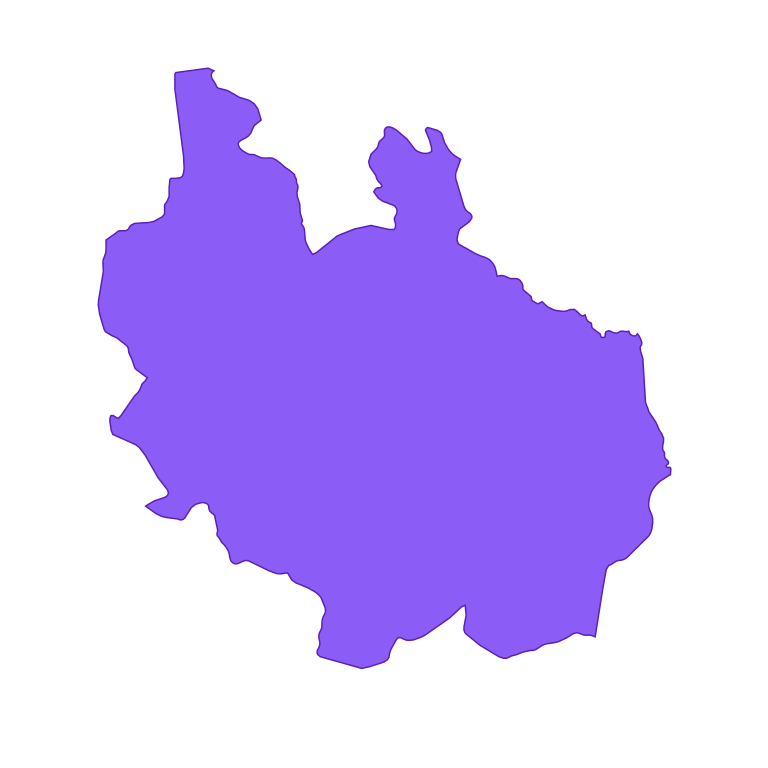 SVG path tracing the border of Centre, rotated 99°
{"feature_id": "CMR-1480", "entity_name": "Centre", "entity_type": "Province", "adm_level": 1, "iso_a3": "CMR", "parent_name": "Cameroon", "parent_adm1": "", "projection": "orthographic", "projection_center": [11.575, 4.696], "detail": "fine", "context": "isolated", "style": "filled", "palette": "violet", "viewbox_px": 768, "rotation_deg": 99, "n_neighbors": 0, "source": "natural_earth", "source_scale": "10m", "svg_char_len": 6139}
<svg xmlns="http://www.w3.org/2000/svg" viewBox="0 0 768 768"><g transform="rotate(99 384 384)"><path d="M428.8,86.9L431.0,89.7L437.1,96.5L441.5,99.7L445.9,102.0L448.4,102.9L451.7,103.7L456.4,104.1L460.8,103.9L462.9,103.5L465.0,102.8L467.2,101.7L471.6,99.0L474.7,97.7L478.6,96.9L485.6,96.8L489.5,97.5L492.7,98.8L516.8,116.5L518.7,118.3L520.1,120.3L521.0,122.4L522.0,125.9L522.8,127.1L526.0,130.6L527.4,132.4L528.1,133.7L532.5,135.5L552.1,135.9L600.7,135.9L600.1,138.2L599.8,141.4L600.5,145.3L600.7,147.4L599.4,153.6L599.5,154.5L600.1,156.3L601.2,158.4L606.3,164.1L611.0,171.1L612.4,174.0L615.1,182.6L616.0,184.6L617.3,186.7L622.3,192.2L623.0,193.3L623.7,194.8L624.3,197.7L627.0,204.8L630.8,211.2L632.7,215.6L635.8,220.0L636.2,223.1L635.3,228.0L627.1,248.2L618.2,263.6L616.9,265.2L614.6,266.5L611.4,267.0L599.5,266.7L589.9,269.2L591.9,272.5L604.7,282.5L626.1,304.7L628.6,308.4L632.1,314.8L633.2,318.6L633.5,321.6L632.6,325.8L632.1,326.9L632.0,328.6L632.4,330.4L634.8,331.9L644.5,335.5L646.8,336.0L649.1,336.3L653.5,336.5L655.9,337.6L658.7,340.7L665.6,354.4L668.4,361.6L663.3,404.3L661.5,407.2L659.9,408.1L657.9,408.2L653.7,406.9L651.5,406.7L649.4,406.9L645.1,408.5L642.7,409.0L640.5,409.0L636.0,407.6L633.7,407.4L628.7,408.0L626.0,408.1L622.5,407.4L620.8,406.7L619.3,406.4L617.9,406.2L615.9,406.6L613.7,407.4L604.8,412.8L602.5,415.4L600.2,419.3L597.3,427.1L594.2,439.9L591.8,444.6L585.6,449.7L587.6,456.1L587.9,458.2L588.0,460.4L586.5,468.3L579.8,490.2L579.9,493.2L581.9,496.8L584.1,500.0L584.7,501.6L584.9,503.6L584.1,505.7L582.7,507.5L579.0,509.4L577.0,509.9L574.1,511.1L571.7,512.8L567.9,516.5L565.9,519.5L561.7,522.8L560.0,524.9L558.6,525.5L554.4,525.4L543.0,529.8L541.6,530.2L540.4,530.9L539.4,531.8L538.4,533.9L536.7,536.3L533.4,537.9L532.2,537.9L531.6,538.3L530.4,539.3L529.6,541.3L529.4,543.5L529.8,546.0L532.3,551.2L536.1,554.9L547.5,559.8L549.2,561.2L550.1,563.7L549.6,567.1L549.9,578.2L549.5,583.0L547.7,588.8L542.0,600.3L539.1,597.2L535.2,592.3L530.6,583.3L529.3,581.6L528.4,580.8L526.8,580.0L524.8,580.1L522.5,581.2L511.9,592.5L491.7,608.7L485.1,615.6L482.8,619.6L476.3,643.9L472.5,646.2L463.4,649.0L460.1,649.3L457.9,648.7L457.5,646.5L459.4,642.4L459.2,640.8L456.4,638.9L435.0,628.6L430.7,625.6L428.2,624.4L421.6,622.9L418.3,620.4L414.8,618.8L408.7,630.6L407.3,632.5L398.6,637.1L394.9,639.7L392.6,641.0L388.4,642.3L386.4,644.1L380.3,655.0L378.8,660.3L376.0,667.3L373.9,668.9L359.7,675.7L350.5,678.6L346.2,679.0L316.6,678.8L308.7,680.5L305.6,680.8L297.6,679.3L292.4,679.9L285.3,681.1L277.3,672.8L275.0,670.9L274.0,669.1L273.1,663.6L272.2,661.6L270.5,660.5L268.5,659.9L266.4,658.3L264.4,655.4L261.2,641.2L259.2,636.4L253.6,629.3L251.1,627.6L249.1,627.5L243.1,628.5L240.9,628.6L239.2,627.6L236.5,626.5L232.2,625.6L223.2,627.0L215.2,627.4L214.2,626.4L213.5,622.1L212.4,618.1L211.5,616.6L210.0,615.5L206.5,615.0L202.4,615.1L190.0,617.7L125.3,636.7L110.4,639.0L109.0,638.4L99.6,607.1L101.3,601.0L102.5,602.1L104.2,602.8L105.2,602.9L106.5,602.8L108.3,602.2L109.3,601.6L114.0,597.4L116.5,595.8L117.7,594.4L118.5,585.4L119.4,582.2L123.5,571.7L124.7,562.8L125.4,560.5L127.6,555.9L132.0,551.7L142.5,546.6L148.1,551.8L149.4,552.7L151.2,553.3L157.5,555.0L160.2,556.7L162.3,558.8L165.6,563.2L167.2,564.9L169.3,565.6L171.3,565.0L173.4,563.5L174.9,561.5L176.3,559.1L178.3,553.3L177.8,548.3L179.7,541.0L179.8,539.3L179.5,536.7L178.5,531.7L178.4,529.4L179.5,525.9L181.5,522.0L185.9,514.8L187.6,510.9L191.3,505.0L192.9,504.6L195.4,502.7L196.6,502.3L198.7,502.0L199.9,501.3L200.9,500.5L202.3,499.9L204.4,499.7L208.8,499.9L212.6,498.9L219.4,495.4L228.1,493.6L235.5,490.0L238.7,490.8L241.1,488.3L243.5,486.9L253.7,484.4L255.1,483.8L256.9,482.9L262.7,478.9L267.2,474.8L264.6,471.1L245.0,453.3L235.6,437.6L229.4,421.5L230.6,403.8L229.9,398.4L228.2,397.3L226.5,397.3L224.5,397.5L220.9,399.1L219.4,399.6L217.3,399.3L215.2,398.5L212.9,398.0L210.5,398.2L208.4,399.3L206.6,401.1L205.7,404.0L203.7,413.8L201.4,418.6L195.8,424.2L192.7,422.9L191.3,421.3L190.8,419.0L190.1,417.6L188.7,417.0L186.7,418.6L184.9,421.2L182.4,423.3L179.3,424.7L171.7,431.9L169.0,433.1L166.6,433.9L159.0,432.7L153.1,428.4L151.2,427.4L149.8,427.1L146.3,426.8L144.4,425.9L140.8,422.8L138.8,422.3L136.7,422.6L134.5,423.2L132.5,423.2L130.8,422.4L130.0,421.5L129.6,420.8L129.4,419.6L129.2,417.8L129.9,414.8L131.3,411.4L138.7,399.3L147.0,390.7L148.3,388.8L149.1,386.8L149.8,383.6L150.0,381.3L149.7,378.8L149.0,376.1L146.9,373.3L142.6,374.2L136.2,377.1L127.0,382.7L125.1,382.3L123.8,381.1L125.1,370.9L126.7,367.3L128.4,365.8L136.2,361.9L142.6,356.7L146.6,351.9L150.2,343.5L164.3,346.1L167.0,345.9L169.9,345.3L196.0,332.8L198.0,331.5L199.8,329.9L200.9,328.1L202.0,325.8L202.5,325.1L204.0,323.7L205.9,323.2L208.6,324.2L210.9,325.6L218.9,333.4L221.4,334.1L225.5,334.5L230.1,334.5L232.2,333.6L234.1,332.1L236.2,327.0L236.6,325.5L240.6,315.0L242.4,308.5L243.1,304.0L243.8,301.6L244.9,298.9L247.7,295.4L250.9,292.9L255.9,290.6L259.9,289.2L258.5,285.4L258.4,283.2L258.6,281.6L260.0,276.2L260.0,275.0L259.3,270.8L259.3,268.4L259.8,266.9L260.6,265.5L262.9,263.4L264.5,262.6L265.8,262.1L268.0,261.8L268.8,261.5L269.8,260.3L274.6,252.4L277.8,251.2L278.5,250.6L279.0,249.7L279.7,247.6L280.3,246.4L280.6,245.2L280.5,244.2L278.0,240.7L281.7,235.4L282.4,233.9L284.1,228.5L284.5,225.3L284.2,218.4L283.8,216.4L283.4,215.5L281.2,211.4L281.1,210.0L280.5,207.9L282.0,205.0L284.4,201.8L285.9,198.8L284.3,196.2L288.5,194.0L290.2,192.3L291.5,188.8L293.0,188.2L294.7,187.8L296.1,187.0L297.1,185.5L300.7,178.4L303.4,177.1L304.0,176.0L303.2,173.3L301.4,173.0L299.3,173.4L297.5,172.8L296.3,170.4L296.4,168.6L297.1,166.7L297.5,164.3L297.2,161.8L296.4,160.4L295.5,159.5L294.8,158.4L294.5,156.2L294.4,152.5L293.5,150.6L296.3,148.7L297.5,145.7L297.1,142.9L294.8,141.6L296.6,139.6L299.7,137.4L302.8,135.8L304.6,135.7L307.7,136.8L311.5,135.7L318.2,132.4L361.0,122.9L364.1,121.3L365.6,120.3L370.0,118.0L379.1,109.6L386.6,104.8L390.1,101.7L393.7,99.4L397.5,98.9L401.4,99.1L405.0,98.5L406.2,97.8L407.0,96.9L408.3,96.1L410.9,95.8L413.2,95.0L415.8,91.4L417.3,90.6L418.8,91.1L419.5,91.9L420.2,92.5L421.8,92.0L422.0,91.3L421.7,88.7L421.8,88.0L423.8,87.3L428.8,86.9Z" fill="#8b5cf6" stroke="#5b21b6" stroke-width="1.5"/></g></svg>